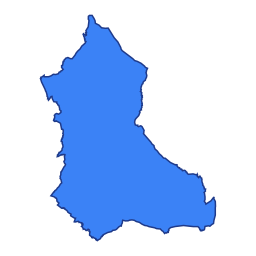 the district of Nes nor, Akershus, Norway
{"feature_id": "86288312B33939315722531", "entity_name": "Nes nor", "entity_type": "district", "adm_level": 2, "iso_a3": "NOR", "parent_name": "Norway", "parent_adm1": "Akershus", "projection": "mercator", "projection_center": [11.47, 60.171], "detail": "fine", "context": "isolated", "style": "filled", "palette": "blue", "viewbox_px": 256, "rotation_deg": 0, "n_neighbors": 0, "source": "geoboundaries", "source_scale": "gbopen_adm2", "svg_char_len": 5706}
<svg xmlns="http://www.w3.org/2000/svg" viewBox="0 0 256 256"><path d="M215.3,201.4L213.8,198.6L214.0,197.5L213.6,197.4L210.9,200.9L205.9,204.1L205.6,203.1L204.3,201.2L205.0,199.7L205.0,196.8L204.4,192.8L204.1,192.4L205.4,191.2L205.3,190.0L205.6,189.1L204.2,188.8L204.3,187.8L203.9,187.3L203.8,186.3L202.8,185.4L202.7,184.6L202.9,184.3L202.1,182.2L201.8,180.5L202.0,179.8L201.6,178.5L201.7,178.2L201.0,177.8L200.1,176.4L200.0,176.7L199.3,176.5L198.7,177.5L198.3,176.9L197.5,176.7L197.3,176.2L197.5,175.3L197.3,175.1L197.5,174.7L197.3,174.2L197.0,175.0L193.1,173.9L188.5,174.3L187.4,173.6L186.8,172.2L186.1,172.0L186.1,171.6L185.2,170.6L184.3,170.3L182.4,170.7L182.1,170.2L181.9,169.4L181.5,169.1L180.8,169.3L179.6,168.3L179.7,167.9L179.5,167.7L178.7,167.8L177.3,166.4L177.0,165.6L177.1,164.9L175.9,164.6L175.4,164.9L170.4,162.5L165.2,158.2L163.9,158.2L163.1,157.6L161.4,155.6L159.3,153.8L157.2,150.9L155.0,149.0L154.1,146.7L154.0,145.6L151.9,143.9L150.8,142.1L144.1,134.4L143.5,133.6L143.8,133.0L143.8,131.9L144.1,130.4L142.0,126.6L140.8,125.8L138.5,126.6L137.9,126.3L137.7,125.9L137.7,125.2L136.7,125.3L135.3,124.9L134.6,122.3L135.0,120.1L135.8,118.7L138.7,115.6L140.0,112.3L139.5,111.6L139.7,111.2L140.7,110.0L141.4,109.9L141.2,108.6L141.9,107.3L141.7,105.5L142.3,105.3L142.1,104.1L141.8,103.7L142.2,103.4L141.5,100.9L141.6,100.2L141.4,99.9L141.9,99.5L141.8,98.3L142.3,97.4L141.8,97.0L142.2,96.4L141.9,96.1L142.2,95.6L141.3,95.0L141.7,94.3L141.4,93.4L141.8,92.9L141.3,92.5L141.1,91.6L140.7,91.5L141.0,91.2L140.9,90.8L141.2,90.0L140.9,89.8L141.2,89.4L140.8,88.7L141.1,87.7L141.0,86.9L141.4,86.5L141.5,85.8L142.1,84.2L142.9,83.7L143.1,82.2L144.1,81.1L145.3,80.3L145.5,79.3L146.5,77.2L146.8,75.5L146.0,72.4L146.4,71.9L146.4,70.8L147.5,68.3L145.4,67.4L144.6,66.2L141.1,63.3L137.3,61.4L134.7,60.6L132.8,58.7L122.1,50.6L121.1,49.1L120.7,47.4L117.8,41.9L114.2,37.8L108.2,28.1L105.3,28.3L101.6,27.8L99.1,25.2L95.4,23.3L95.0,20.6L94.0,18.5L92.1,15.4L89.5,15.4L88.4,16.3L88.3,19.2L89.0,20.5L88.2,26.9L85.9,30.7L86.5,32.3L85.7,32.6L86.0,33.1L85.9,33.5L86.4,34.0L86.4,35.2L86.0,35.4L86.1,35.1L85.7,34.7L84.6,34.7L83.5,33.7L83.1,34.3L83.7,35.6L83.8,36.4L84.3,37.2L84.6,39.1L85.0,39.2L84.8,39.6L85.0,41.1L85.9,41.5L85.1,43.2L81.8,46.1L80.1,48.9L77.6,51.2L76.1,53.1L75.0,55.2L72.2,58.7L70.2,58.6L67.9,57.5L65.6,58.3L65.3,59.0L64.3,59.7L63.8,61.4L63.3,61.3L62.9,62.2L63.1,62.7L62.9,63.3L63.0,63.5L62.7,64.5L62.5,64.8L62.5,65.4L61.6,65.7L61.7,66.3L61.5,67.1L62.4,68.6L63.2,69.3L62.0,70.6L61.4,70.7L60.5,71.4L60.5,71.8L59.1,72.2L58.4,73.7L55.8,74.5L53.3,74.3L51.3,75.7L48.8,76.7L44.2,76.8L44.1,75.3L42.2,76.8L40.8,77.3L41.1,78.4L40.5,78.6L41.6,82.1L45.1,89.4L45.6,91.1L46.0,91.4L47.0,94.6L46.9,94.9L47.2,95.8L47.1,96.5L47.7,97.0L47.9,97.9L47.6,98.8L48.3,98.9L48.5,100.1L49.4,99.2L51.0,96.6L52.0,96.4L52.2,98.4L53.8,101.7L56.8,102.1L56.6,103.0L57.4,103.7L57.8,104.9L58.8,105.4L59.6,108.4L59.6,109.6L60.5,110.8L61.0,110.9L60.9,112.5L58.6,114.2L56.7,113.5L55.3,114.1L55.2,114.5L54.3,115.3L54.7,116.3L54.6,118.0L54.2,118.4L54.3,119.0L53.8,119.5L54.0,120.0L53.6,120.5L54.5,121.4L55.9,121.0L55.9,121.3L56.7,121.2L59.8,122.8L60.5,123.5L61.6,129.2L62.7,129.3L63.3,130.3L63.1,130.6L63.3,132.0L62.8,133.4L63.4,134.2L63.1,135.0L63.2,135.5L62.9,135.6L63.0,136.0L62.7,136.4L62.9,137.1L62.3,137.7L62.4,138.2L62.0,138.4L62.1,139.1L61.6,139.3L61.4,139.9L61.5,140.4L61.2,140.8L61.2,141.5L62.1,141.7L62.3,142.3L62.2,143.7L62.8,144.8L63.0,146.9L62.1,148.6L61.9,150.4L59.8,152.3L59.1,152.4L58.9,152.9L59.1,153.0L58.6,153.4L58.2,154.5L57.5,154.9L57.4,156.4L57.3,156.6L58.1,156.5L61.2,154.7L61.4,155.0L62.3,154.8L62.2,154.6L62.4,154.5L62.9,154.8L63.7,154.4L64.9,154.6L64.7,155.9L64.4,156.1L64.6,158.2L64.9,159.2L64.6,160.3L63.9,161.5L64.5,163.1L65.5,164.3L65.0,165.8L64.0,166.9L61.3,171.9L60.9,172.0L60.8,174.8L60.1,176.5L60.4,177.6L60.1,178.4L61.0,179.6L61.7,182.9L60.4,184.1L58.8,186.8L57.5,187.9L56.4,189.6L54.8,190.7L54.4,191.8L53.9,191.8L50.9,195.8L53.8,196.7L54.8,197.2L55.4,198.0L56.4,198.2L56.9,199.7L56.9,200.9L57.2,201.5L58.9,203.0L58.3,204.2L57.5,205.0L61.6,208.2L62.4,208.3L62.9,207.8L63.4,208.3L63.9,207.9L64.8,208.4L64.7,209.0L64.9,209.2L66.8,210.4L67.8,211.8L67.8,212.1L69.7,213.5L70.8,213.8L71.0,214.7L70.6,215.5L70.8,215.9L74.6,218.2L75.5,218.2L74.2,221.8L75.1,222.0L78.3,221.3L78.8,221.7L79.0,222.4L79.8,222.2L80.4,222.7L81.7,222.7L82.4,223.4L82.1,223.5L82.3,223.8L81.9,223.7L82.3,224.0L82.0,224.1L82.3,224.5L82.0,224.8L82.2,225.3L81.9,225.3L82.4,225.5L81.5,226.4L82.4,227.0L82.7,227.9L83.5,228.7L83.4,229.2L84.0,229.0L85.0,229.4L86.1,230.5L86.5,230.2L87.2,230.4L88.1,229.2L88.9,229.6L88.7,229.8L89.0,230.5L89.6,231.1L89.3,231.3L89.6,231.5L89.4,231.7L89.9,232.5L89.6,233.7L89.6,235.2L91.7,236.8L91.7,237.5L91.9,237.6L92.2,237.8L92.5,237.2L93.0,237.1L94.2,238.1L95.6,238.5L95.7,239.3L96.1,239.0L97.0,240.1L96.9,240.4L97.5,240.6L98.3,239.8L100.0,239.0L100.7,238.1L101.5,236.4L102.2,236.5L102.6,235.5L103.0,235.4L102.9,235.1L103.5,234.6L107.7,232.5L111.5,231.6L112.7,230.4L115.2,230.0L116.5,229.3L118.8,226.9L120.7,225.8L121.3,226.0L121.6,224.3L122.3,223.0L122.5,220.7L122.7,220.2L125.4,220.9L128.2,220.8L129.5,220.2L131.9,219.9L134.3,220.3L136.2,221.5L139.3,222.3L141.9,224.1L144.8,225.5L147.1,225.8L148.9,226.6L154.7,227.8L156.5,228.6L160.4,229.0L161.8,230.6L163.0,231.3L164.6,233.5L165.7,232.7L166.7,233.0L167.5,232.1L168.3,232.3L168.4,231.7L168.1,231.3L168.9,230.4L168.6,229.4L170.5,227.6L175.2,226.5L183.5,225.5L193.4,226.6L197.9,226.6L199.3,228.0L199.8,229.4L200.5,229.6L200.3,230.3L200.5,230.7L201.5,230.8L202.4,230.2L202.6,230.5L204.4,229.7L205.0,226.4L208.5,225.8L209.9,226.2L212.1,224.3L213.5,223.5L213.9,220.5L215.3,215.1L215.3,207.6L215.5,206.3L215.3,201.4Z" fill="#3b82f6" stroke="#1e3a8a" stroke-width="1.5"/></svg>